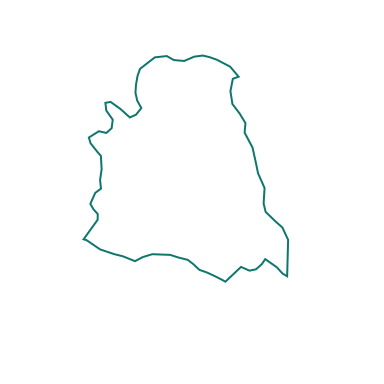 Sancheong-gun, South Gyeongsang, South Korea (Equal Earth projection), rotated 138°
{"feature_id": "91817680B92610564128426", "entity_name": "Sancheong-gun", "entity_type": "district", "adm_level": 2, "iso_a3": "KOR", "parent_name": "South Korea", "parent_adm1": "South Gyeongsang", "projection": "equal_earth", "projection_center": [127.892, 35.389], "detail": "fine", "context": "isolated", "style": "outline", "palette": "teal", "viewbox_px": 384, "rotation_deg": 138, "n_neighbors": 0, "source": "geoboundaries", "source_scale": "gbopen_adm2", "svg_char_len": 1110}
<svg xmlns="http://www.w3.org/2000/svg" viewBox="0 0 384 384"><g transform="rotate(138 192 192)"><path d="M227.2,103.0L205.7,103.5L201.9,95.1L196.1,91.7L188.3,91.7L182.5,93.1L179.3,79.2L179.3,70.8L177.7,65.7L152.6,92.1L148.6,105.1L149.6,113.8L150.6,127.9L146.5,135.5L135.4,146.4L130.4,161.7L125.3,170.4L117.3,184.5L113.2,200.9L106.2,207.4L104.1,218.3L103.1,230.3L96.0,241.2L85.9,248.8L80.2,246.5L79.8,259.6L85.0,273.6L88.8,280.6L92.7,286.2L99.8,291.1L110.1,294.6L117.2,302.2L119.8,309.9L129.5,316.9L138.6,317.6L148.2,318.3L154.7,314.8L161.8,309.2L167.6,303.6L171.5,296.7L173.5,288.3L181.9,286.9L188.3,289.0L189.6,301.5L192.2,313.4L196.7,316.2L201.2,309.9L202.5,298.8L209.0,293.2L216.1,293.2L220.6,299.5L232.2,301.5L234.8,296.0L235.5,284.8L235.5,279.9L243.9,269.4L252.3,262.4L257.4,255.4L264.5,256.1L275.5,251.2L276.8,245.0L276.8,238.7L280.7,234.5L304.2,229.4L302.6,226.8L298.7,210.8L291.6,198.2L286.4,190.5L280.6,178.7L272.2,176.6L263.2,172.4L250.3,159.9L245.8,152.2L240.6,144.5L239.3,137.6L238.6,129.2L234.8,122.3L231.5,114.6L228.3,106.3L227.2,103.0Z" fill="none" stroke="#0f766e" stroke-width="2"/></g></svg>